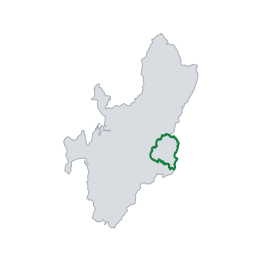 Ukraine, with Chernihiv highlighted, rotated 108°
{"feature_id": "UKR-285", "entity_name": "Chernihiv", "entity_type": "Region", "adm_level": 1, "iso_a3": "UKR", "parent_name": "Ukraine", "parent_adm1": "", "projection": "equal_earth", "projection_center": [32.067, 51.356], "detail": "fine", "context": "in_parent", "style": "outline", "palette": "green", "viewbox_px": 256, "rotation_deg": 108, "n_neighbors": 0, "source": "natural_earth", "source_scale": "10m", "svg_char_len": 7650}
<svg xmlns="http://www.w3.org/2000/svg" viewBox="0 0 256 256"><g transform="rotate(108 128 128)"><path d="M172.4,165.5L175.2,169.2L177.5,171.2L178.6,171.2L181.7,169.9L183.8,170.3L185.6,169.1L190.2,170.0L188.8,172.4L188.2,174.9L182.3,175.8L180.0,174.3L177.7,174.4L176.4,176.2L174.1,177.4L173.4,178.8L169.1,178.7L166.3,180.0L164.2,182.7L161.8,184.4L160.0,185.0L157.0,184.3L154.7,182.5L156.5,177.2L155.8,174.4L153.9,173.1L151.6,173.0L148.5,170.7L145.0,171.0L143.8,169.9L151.0,164.8L152.6,164.5L156.9,161.9L156.1,159.7L154.3,160.3L151.7,158.5L143.4,159.9L138.4,157.3L136.1,157.0L135.5,156.3L137.9,155.8L138.1,154.8L134.8,154.2L133.0,153.0L142.1,154.1L144.6,152.1L142.0,152.8L139.5,152.4L138.5,151.7L137.4,149.6L137.4,146.8L136.2,144.2L135.3,143.4L137.1,147.6L136.6,151.6L132.8,151.4L133.1,149.7L131.3,151.9L128.3,152.0L124.4,153.0L122.8,157.2L117.8,163.1L113.3,165.0L111.7,164.7L111.1,165.2L110.7,167.0L111.5,167.9L112.1,170.8L111.9,172.0L110.3,170.4L108.4,169.6L106.4,169.9L102.6,171.6L101.3,171.3L101.4,172.1L101.1,172.4L97.5,171.5L96.0,170.7L94.9,169.2L96.0,168.5L98.2,168.2L98.1,166.0L100.9,163.3L101.0,162.0L103.4,160.4L104.1,158.5L103.3,155.8L103.6,154.4L106.2,153.4L106.4,155.5L107.0,155.3L107.6,154.3L111.0,155.3L112.1,154.5L113.6,156.0L116.3,155.6L116.9,154.9L114.6,153.2L114.8,150.5L114.1,149.0L110.7,147.0L110.0,144.6L110.4,142.6L108.6,141.7L105.9,139.4L106.8,135.3L106.7,133.8L105.9,132.6L103.6,132.8L102.0,130.4L99.3,129.9L98.5,130.8L98.1,130.0L97.2,130.0L97.3,129.0L96.7,128.7L94.4,128.4L93.9,127.5L91.5,126.1L88.5,125.2L86.8,126.1L86.1,125.9L84.9,126.8L80.6,126.5L78.0,128.3L74.5,129.1L74.1,130.4L72.8,132.2L64.9,133.4L61.6,134.6L60.5,135.7L58.4,136.1L55.0,133.1L54.0,132.8L50.5,133.4L44.9,132.2L42.0,132.2L39.1,130.8L38.0,132.0L36.0,132.8L35.9,131.6L34.9,130.5L32.9,130.1L32.2,129.1L30.4,128.4L29.4,126.2L28.1,126.3L28.3,123.9L30.1,122.3L33.2,116.8L36.5,117.3L36.6,116.7L35.1,115.4L35.5,113.6L34.8,110.2L35.5,109.2L39.3,105.1L47.1,98.4L50.0,98.0L51.4,96.3L51.5,95.1L50.4,92.8L51.8,91.9L51.7,91.6L50.6,90.6L49.4,88.1L47.3,85.5L47.6,84.4L46.8,82.7L47.0,81.4L49.0,81.0L50.7,81.7L52.6,80.6L55.3,77.9L63.0,77.0L72.3,77.2L81.4,79.2L85.4,79.5L87.0,81.6L90.3,81.5L91.3,81.9L91.3,83.2L93.1,81.6L94.7,82.1L96.6,81.4L101.1,82.3L101.6,83.5L102.5,83.8L103.8,82.4L106.6,81.2L109.2,84.5L111.5,83.8L118.1,83.2L119.7,84.3L119.9,85.3L122.2,86.1L123.2,84.9L122.1,81.6L122.7,80.3L124.6,77.5L127.0,75.4L133.5,74.6L139.4,75.4L141.1,74.5L142.0,72.4L142.8,71.9L146.8,72.6L150.5,71.4L156.8,71.4L158.8,72.6L160.9,76.3L164.1,79.1L163.9,79.9L161.1,80.4L161.0,80.9L162.0,82.2L162.3,84.8L162.8,85.1L162.2,86.3L165.2,86.5L167.6,87.4L171.4,87.0L172.5,89.0L174.2,89.2L174.3,90.5L175.7,93.6L175.2,95.2L175.4,96.2L177.5,98.6L178.4,98.9L180.7,97.6L183.2,98.0L185.3,99.8L187.5,99.8L188.8,100.8L190.3,99.6L197.5,98.0L199.3,99.6L199.6,100.7L200.8,102.2L204.6,104.8L205.7,104.6L206.0,103.4L206.9,103.0L209.1,104.2L211.2,104.4L214.3,106.2L217.1,105.7L218.6,107.3L220.4,107.5L224.0,109.7L227.3,109.7L227.1,111.7L227.9,112.6L227.8,114.2L225.5,116.9L223.3,117.7L224.1,119.0L226.8,119.9L227.0,120.3L224.6,120.5L223.7,121.5L223.1,123.6L225.3,124.3L226.0,126.9L225.6,127.7L226.8,128.2L224.6,134.3L214.4,134.4L212.5,136.9L209.5,137.7L208.6,138.4L207.7,141.9L208.7,142.5L207.8,144.0L208.0,145.2L200.5,145.4L198.2,147.7L195.0,148.3L192.2,150.7L191.0,149.9L189.5,150.0L186.4,151.5L183.5,151.3L181.3,152.0L176.5,155.5L174.4,158.6L172.2,159.5L175.2,157.0L175.3,155.7L174.6,154.6L172.7,157.2L170.3,158.3L170.5,161.3L172.4,165.5ZM139.7,158.8L133.1,157.3L132.5,155.6L133.9,157.1L139.7,158.8Z" fill="#d9dde1" stroke="#a8b0b8" stroke-width="1"/><path d="M132.4,74.5L134.3,74.7L136.2,74.6L136.5,74.7L136.8,74.9L136.9,75.1L136.9,75.4L136.9,75.6L137.1,75.7L137.3,75.6L137.9,75.4L138.3,75.4L138.9,75.5L139.1,75.5L140.6,75.0L141.1,74.7L141.4,74.1L141.5,73.3L141.6,73.1L142.0,72.9L142.0,72.7L141.8,72.3L141.7,72.2L141.9,71.7L142.3,71.6L143.3,71.9L143.8,71.8L145.9,72.6L146.2,72.6L146.9,72.5L147.2,72.5L147.4,72.6L147.7,72.8L147.9,72.8L148.1,72.7L149.2,71.9L149.4,71.9L149.5,71.9L149.8,71.8L149.9,71.6L150.2,71.5L150.7,71.2L150.8,71.1L151.0,71.0L152.0,71.2L152.7,71.2L152.9,71.2L153.2,71.4L153.1,71.7L153.0,72.0L152.8,72.2L152.8,72.7L152.6,72.8L152.4,73.0L152.4,74.0L153.0,74.2L153.2,74.3L153.4,74.6L153.5,74.7L153.7,74.9L154.1,74.9L154.2,75.0L154.0,75.3L153.7,75.4L153.4,75.5L153.2,75.4L152.9,75.4L152.9,75.9L152.8,76.1L152.7,76.2L152.8,76.3L153.0,76.5L152.9,76.8L152.3,77.0L152.0,77.0L151.8,77.0L151.3,77.4L150.9,77.3L150.6,77.4L150.7,77.5L150.4,77.7L150.2,78.1L149.9,78.3L149.7,78.6L149.6,78.9L149.6,79.2L149.8,79.6L150.0,79.8L150.6,80.3L150.4,80.6L150.4,80.9L150.6,81.0L150.7,81.6L150.9,81.8L150.6,82.0L150.6,82.3L150.9,82.6L151.0,82.7L150.7,82.9L150.3,82.8L150.4,83.1L150.3,83.3L150.2,83.4L150.1,83.5L150.4,84.0L150.2,84.2L150.3,84.5L150.2,84.6L149.8,84.7L149.6,84.7L149.3,84.4L149.2,84.3L149.0,84.5L148.9,84.6L149.0,84.7L149.2,85.0L149.5,85.1L149.6,85.3L149.5,85.6L149.7,85.8L149.8,85.9L149.7,86.0L149.7,86.3L149.3,86.6L149.3,87.0L149.2,87.1L148.6,87.3L148.6,87.6L148.6,87.9L148.6,88.0L148.3,88.4L148.3,88.5L148.8,88.6L149.2,88.7L149.3,88.8L149.6,88.7L149.7,88.8L149.5,89.0L149.4,89.1L149.5,89.1L149.9,89.3L150.5,89.5L150.5,89.4L150.8,89.0L151.2,89.0L151.0,89.5L150.7,89.8L150.7,90.0L151.0,90.2L151.0,90.3L151.0,90.5L151.0,90.9L150.9,91.1L150.7,91.3L150.4,92.2L150.3,92.4L150.3,92.6L150.4,92.9L150.5,93.0L150.8,93.2L150.8,93.3L150.7,93.6L150.4,93.8L150.4,94.2L150.4,94.3L150.1,94.5L150.2,94.8L150.2,95.0L150.1,95.3L149.7,96.2L149.3,96.8L149.1,97.0L148.7,97.2L148.6,97.3L148.5,97.5L148.2,97.6L147.9,97.8L147.7,98.1L147.0,98.3L146.0,98.7L145.6,98.7L144.9,98.6L143.8,98.6L143.6,98.5L143.5,98.4L143.4,98.1L143.2,98.0L142.9,98.0L142.6,98.2L142.3,98.0L142.2,98.0L141.9,98.0L141.2,98.3L140.9,98.7L140.7,98.8L140.4,98.9L140.2,98.8L139.6,98.8L138.9,98.5L138.9,98.4L139.0,98.2L138.5,98.0L138.3,97.8L138.2,97.7L138.1,97.4L137.8,97.2L138.0,96.7L138.3,96.7L138.4,96.4L138.4,96.2L137.8,96.1L137.6,96.0L137.4,95.9L137.1,95.4L136.5,95.0L136.4,95.0L136.1,95.0L135.9,95.1L135.8,95.3L135.7,95.5L135.5,95.8L135.3,96.0L135.2,96.0L134.8,96.0L134.6,96.0L134.3,96.2L134.1,96.3L133.9,96.4L133.8,96.5L133.6,96.5L133.4,96.6L132.5,96.5L132.4,96.5L132.2,96.7L131.3,96.6L131.1,96.5L130.9,96.5L130.7,96.6L130.1,96.4L130.0,96.1L129.9,95.9L129.5,95.9L129.1,95.6L129.1,95.4L129.3,95.2L129.5,95.0L129.5,94.9L129.4,94.5L129.4,94.4L128.9,94.0L128.9,93.7L128.4,93.7L128.4,93.4L128.2,93.1L127.8,93.1L127.6,93.2L126.7,93.1L126.5,93.3L126.4,93.3L125.7,93.2L125.5,93.4L125.3,93.4L125.2,93.4L125.1,93.2L124.9,93.1L124.5,93.2L124.4,93.2L124.5,92.8L124.6,92.4L124.7,92.0L124.6,91.8L124.2,91.6L123.6,91.4L123.4,91.3L123.3,91.2L123.4,90.7L123.5,90.4L123.4,90.1L123.1,89.8L122.9,89.7L122.6,89.7L122.3,89.6L122.2,89.6L121.9,89.7L121.8,89.2L121.8,88.3L122.1,87.4L122.0,87.1L121.9,86.8L121.9,86.7L122.0,86.7L122.3,86.7L122.3,86.4L122.3,86.1L122.6,85.8L122.6,85.6L122.9,85.4L123.2,85.2L123.2,84.8L123.3,84.7L123.2,84.5L123.1,84.1L122.9,83.9L122.7,83.9L122.7,83.7L122.8,83.5L122.9,83.4L123.0,83.5L123.0,83.4L122.8,83.3L122.7,83.2L122.7,82.9L122.5,82.6L122.7,82.3L122.1,82.2L122.2,81.9L121.9,81.6L122.3,81.3L122.4,81.2L122.5,80.8L122.5,80.6L122.6,80.4L122.6,80.2L123.0,80.1L123.3,79.6L123.4,79.4L123.1,79.3L123.2,79.2L123.5,79.1L123.7,78.9L123.6,78.7L124.0,78.1L124.1,77.9L124.4,77.8L124.4,77.5L124.5,77.4L124.8,77.5L124.9,77.4L125.2,77.2L125.1,76.9L125.4,76.8L125.7,76.6L125.9,76.4L126.0,76.2L126.3,76.1L126.6,76.1L126.6,75.8L126.3,75.8L126.4,75.5L126.4,75.3L126.5,75.1L126.8,75.0L128.3,75.0L128.7,75.0L129.0,75.1L129.5,75.5L130.0,75.5L130.2,75.2L130.3,75.0L130.5,74.7L131.4,74.5L132.4,74.5Z" fill="none" stroke="#15803d" stroke-width="2"/></g></svg>